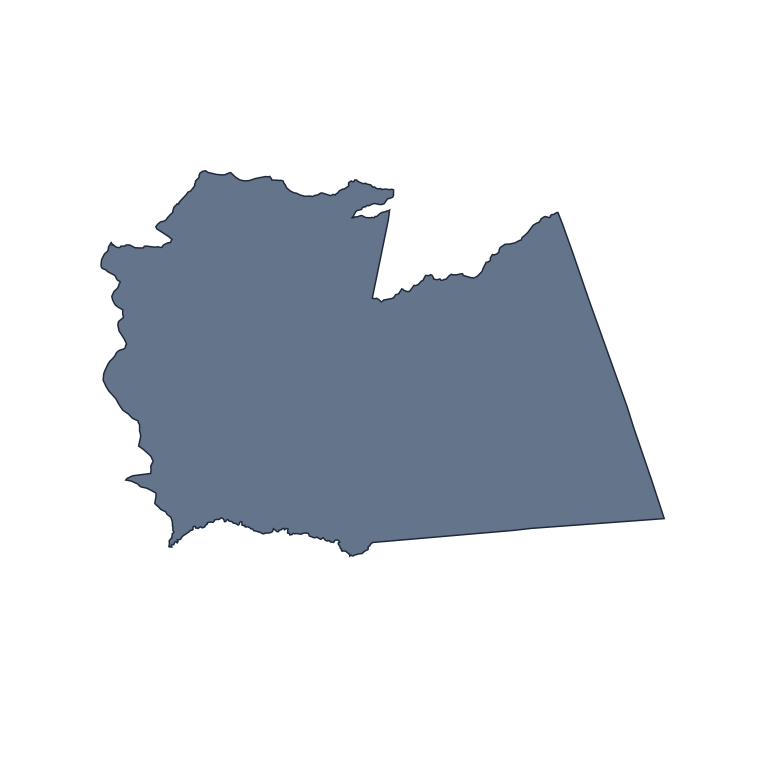 Konoin, Rift Valley, Kenya (Albers equal-area conic projection), rotated 12°
{"feature_id": "3690345B62902351105471", "entity_name": "Konoin", "entity_type": "district", "adm_level": 2, "iso_a3": "KEN", "parent_name": "Kenya", "parent_adm1": "Rift Valley", "projection": "albers", "projection_center": [35.307, -0.537], "detail": "fine", "context": "isolated", "style": "filled", "palette": "slate", "viewbox_px": 768, "rotation_deg": 12, "n_neighbors": 0, "source": "geoboundaries", "source_scale": "gbopen_adm2", "svg_char_len": 6147}
<svg xmlns="http://www.w3.org/2000/svg" viewBox="0 0 768 768"><g transform="rotate(12 384 384)"><path d="M87.7,302.4L86.1,307.0L86.3,310.5L85.9,311.7L83.5,315.0L81.9,321.1L82.4,326.1L82.9,327.8L83.6,328.9L84.6,329.6L87.8,330.1L90.6,331.6L98.2,333.8L100.9,337.1L102.3,338.1L103.9,338.4L104.8,339.1L104.1,341.5L103.8,344.6L103.3,346.0L100.7,349.6L99.5,354.9L101.1,358.2L103.7,361.5L104.9,362.6L107.8,364.1L113.2,365.8L113.8,370.0L115.1,372.1L115.1,373.4L111.4,378.0L111.3,380.8L111.6,382.1L113.8,387.2L120.5,393.9L124.0,398.5L123.2,400.0L123.4,401.9L122.8,403.4L118.1,406.2L116.7,407.7L115.8,409.1L114.9,412.5L113.2,415.7L111.2,418.6L110.0,421.6L108.3,428.4L107.7,432.4L108.5,438.7L112.8,444.4L116.1,447.9L124.8,454.2L128.8,458.9L133.9,463.9L140.4,466.6L145.1,469.9L150.2,471.0L151.4,471.6L151.6,472.8L153.4,474.7L154.7,480.9L156.1,483.3L156.9,486.0L156.9,495.8L161.4,497.6L169.3,502.0L171.6,503.7L172.5,505.4L173.8,506.6L174.2,507.9L172.9,512.7L173.9,516.1L174.4,520.0L158.1,525.7L155.9,526.9L152.3,529.9L151.4,531.6L156.6,531.5L158.5,531.8L164.0,533.0L166.7,534.9L168.1,535.2L173.1,535.2L176.7,536.0L183.3,538.0L184.1,539.6L184.4,541.7L184.6,548.3L185.5,549.2L188.1,550.6L191.8,553.1L197.0,554.4L198.9,556.6L203.2,558.7L205.5,562.5L206.8,567.3L207.5,568.5L207.6,570.2L208.3,571.5L209.2,572.3L208.9,573.5L208.1,574.3L208.4,578.9L207.6,579.7L206.5,582.1L207.3,584.9L207.4,587.8L208.8,587.9L210.4,587.5L209.5,586.2L210.5,585.0L211.7,584.9L212.3,582.1L213.4,581.4L214.7,582.4L215.3,581.0L214.3,579.3L217.1,578.4L218.4,575.1L219.5,573.8L224.5,568.7L224.9,567.4L226.5,567.0L227.5,565.9L226.9,564.5L227.3,563.0L229.0,562.6L229.9,564.1L231.0,563.7L232.1,564.0L234.0,562.0L235.1,562.0L236.2,562.5L238.4,561.0L238.8,559.4L240.2,557.8L240.1,556.4L243.1,555.1L245.4,554.9L246.4,553.6L246.7,552.2L247.8,551.5L251.0,550.7L252.1,549.2L253.7,548.8L254.7,549.4L255.8,550.3L256.6,551.8L257.7,551.5L258.4,549.6L259.5,549.0L260.5,550.1L262.0,550.4L263.5,550.1L265.5,551.4L267.9,551.3L270.6,552.3L271.6,551.2L271.6,549.6L272.3,548.4L273.7,548.5L274.3,551.5L275.9,551.8L277.3,551.2L277.6,552.5L279.0,552.6L280.4,551.9L282.3,552.4L283.8,553.3L285.8,553.3L287.1,554.6L289.1,554.5L294.5,555.0L296.2,555.6L297.6,555.6L298.9,554.5L302.7,553.6L304.4,552.6L305.6,551.5L306.0,548.5L310.1,550.7L311.6,550.3L311.8,548.8L313.8,548.0L314.8,546.5L316.0,546.1L316.9,547.3L318.8,545.5L320.3,545.8L320.2,547.2L320.7,549.8L322.5,549.9L323.3,551.2L325.3,550.4L326.1,549.0L327.9,549.1L329.5,548.5L334.2,548.1L336.8,546.4L340.6,545.7L341.7,546.7L342.6,548.2L347.4,548.9L349.0,548.6L350.4,547.6L351.8,548.4L354.6,549.1L356.3,547.0L357.3,547.5L358.3,548.6L359.5,549.1L361.3,549.3L363.1,548.5L364.3,549.6L367.7,549.4L368.5,547.2L369.9,546.4L371.3,546.4L372.6,546.9L373.7,548.0L372.3,549.0L372.7,550.2L374.9,552.4L375.6,554.0L376.9,554.3L376.9,555.6L377.9,556.3L379.2,555.7L381.3,555.5L385.8,558.0L386.3,559.4L387.2,558.2L388.5,558.7L389.6,558.6L391.5,556.9L392.6,556.6L393.9,555.7L397.9,554.3L399.6,551.8L402.8,549.3L402.4,546.5L403.8,545.1L404.1,543.6L405.8,541.4L541.0,500.3L558.1,494.6L686.1,457.4L665.3,421.6L637.5,375.1L626.6,355.8L567.0,259.2L541.1,216.0L525.7,191.0L518.5,180.1L517.1,180.5L514.8,182.8L512.9,183.5L511.9,184.5L512.0,186.2L510.8,186.9L507.8,186.6L506.2,186.9L503.3,189.7L503.0,191.4L501.7,193.9L500.4,194.4L496.8,197.8L493.2,205.8L491.3,208.7L488.7,211.9L488.1,214.8L486.6,215.5L482.8,218.7L478.0,220.9L473.3,222.2L469.3,226.4L468.7,229.1L469.1,230.5L468.5,231.8L467.1,233.5L465.1,234.7L463.1,234.9L461.8,238.6L462.3,240.7L461.7,241.9L460.4,243.0L458.6,243.7L456.9,250.3L456.5,253.3L455.9,254.5L453.0,259.1L449.9,261.6L446.6,261.9L439.9,261.4L438.4,260.9L438.0,259.9L436.7,260.1L432.5,262.0L428.4,263.0L427.1,262.6L424.9,265.0L423.1,268.5L421.1,269.2L420.0,270.2L418.2,270.7L417.0,269.6L414.0,271.0L410.8,271.1L410.4,269.9L408.1,267.5L406.6,267.5L405.5,268.7L402.1,269.1L400.5,274.7L399.2,275.5L396.8,279.6L394.4,281.2L392.9,281.2L389.7,288.2L387.1,288.8L384.0,288.2L382.9,287.5L381.6,287.2L379.5,292.8L376.8,294.3L375.5,297.7L373.7,298.8L366.1,302.0L365.1,303.6L364.1,304.2L361.1,302.3L358.8,301.7L357.6,302.4L354.7,302.6L354.1,222.7L353.3,212.7L352.3,213.7L350.7,214.2L349.3,215.3L346.3,216.6L344.8,218.0L341.9,221.8L340.5,222.0L339.9,223.3L337.3,223.6L336.1,224.3L331.3,225.0L328.1,224.0L326.6,223.9L322.8,226.2L320.9,226.5L319.5,227.8L318.1,228.0L319.0,226.5L320.4,221.7L321.6,219.9L325.7,218.0L326.0,216.6L327.2,215.0L328.7,214.8L330.6,212.8L332.2,212.8L334.6,210.8L337.0,209.4L342.3,209.4L344.5,208.9L346.7,207.6L349.0,202.1L350.8,201.4L353.6,199.5L354.1,197.7L353.0,192.1L351.3,191.9L348.5,192.8L344.8,193.0L341.4,194.2L340.2,193.5L337.5,194.4L335.3,194.1L333.7,193.2L332.2,193.8L329.6,192.0L325.5,192.0L324.3,191.5L321.8,192.4L317.2,191.5L314.7,190.2L313.0,190.5L312.5,192.2L311.3,192.7L309.8,192.2L308.6,193.2L307.6,194.6L307.7,196.1L308.4,197.5L304.5,201.6L303.1,201.9L300.1,204.4L298.9,206.9L297.7,207.8L297.0,209.3L295.0,209.1L292.4,210.9L284.3,210.0L282.5,210.3L279.5,213.1L277.8,213.6L274.7,215.7L273.3,215.4L267.2,216.9L262.5,216.5L258.2,215.5L256.5,215.8L252.3,214.7L248.0,212.4L245.7,209.4L244.1,208.2L243.3,206.5L240.8,206.2L238.9,206.8L237.3,206.8L231.9,207.9L231.4,206.7L229.1,204.7L227.7,205.4L225.1,205.7L219.5,208.0L215.2,209.9L210.0,213.0L205.6,214.3L201.5,214.4L199.4,214.0L195.5,212.4L190.1,209.1L188.6,209.7L187.3,210.8L186.1,211.3L185.2,212.3L182.0,213.2L176.7,213.8L167.9,213.7L165.2,212.5L162.3,213.7L160.1,216.1L159.7,218.7L160.2,220.3L157.4,224.8L157.7,226.1L157.3,227.7L157.6,229.7L154.7,235.5L152.4,237.1L151.0,240.3L146.3,248.0L145.7,249.4L145.8,250.6L144.0,250.9L143.4,252.4L142.4,253.7L141.8,254.8L141.5,258.5L141.7,259.8L141.1,261.1L140.2,262.0L137.6,266.5L137.0,268.4L135.4,270.1L131.5,272.1L129.6,274.5L128.1,277.5L129.7,279.6L142.4,284.4L146.5,286.6L145.6,290.0L142.7,291.2L140.0,293.3L139.0,294.7L138.5,296.2L137.1,296.9L134.2,296.8L132.1,297.6L129.4,298.0L122.9,298.5L121.0,299.1L120.3,300.8L118.6,301.4L112.1,302.5L106.3,300.9L104.2,301.3L102.6,301.8L101.8,303.0L98.0,303.9L97.4,305.4L95.5,305.8L93.6,305.8L91.5,304.9L90.2,304.0L89.2,304.7L88.8,303.3L87.7,302.4Z" fill="#64748b" stroke="#1e293b" stroke-width="1.5"/></g></svg>